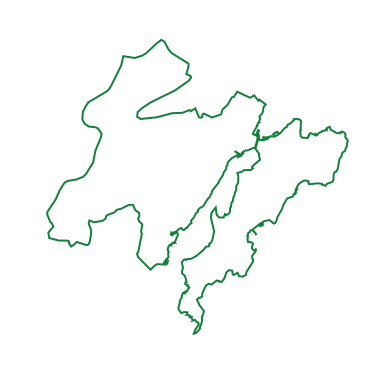 outline of Moss nor, Østfold, Norway, rotated 200°
{"feature_id": "86288312B47904591856116", "entity_name": "Moss nor", "entity_type": "district", "adm_level": 2, "iso_a3": "NOR", "parent_name": "Norway", "parent_adm1": "Østfold", "projection": "albers", "projection_center": [10.675, 59.459], "detail": "fine", "context": "isolated", "style": "outline", "palette": "green", "viewbox_px": 384, "rotation_deg": 200, "n_neighbors": 0, "source": "geoboundaries", "source_scale": "gbopen_adm2", "svg_char_len": 6044}
<svg xmlns="http://www.w3.org/2000/svg" viewBox="0 0 384 384"><g transform="rotate(200 192 192)"><path d="M191.3,115.0L190.8,116.8L191.2,120.2L192.4,117.1L193.6,115.5L194.2,115.9L193.2,119.8L191.8,122.6L193.4,126.1L193.6,128.1L195.1,129.2L195.5,132.3L194.8,133.5L195.0,134.6L193.2,134.8L193.7,135.6L193.2,136.7L191.1,138.0L192.2,138.2L190.9,139.4L190.6,147.1L191.8,148.6L193.5,147.8L194.8,146.8L195.7,144.5L197.4,144.8L197.5,146.7L196.2,145.8L195.5,147.0L195.7,147.5L193.1,149.7L191.5,153.0L189.7,154.5L187.7,153.3L186.3,153.8L185.3,156.4L184.4,156.6L183.1,161.1L181.8,162.5L183.1,164.7L181.4,169.0L181.1,173.2L179.6,175.7L180.3,176.7L178.9,180.0L176.5,182.6L175.2,189.6L173.6,193.7L173.6,195.8L173.1,196.5L173.4,200.3L170.1,210.1L170.4,211.1L168.7,218.5L168.9,220.9L167.8,225.6L168.5,227.9L167.9,229.2L168.5,231.6L168.3,232.8L165.9,237.8L161.9,242.1L162.0,241.3L160.4,241.0L159.9,241.8L160.5,241.8L160.3,242.7L159.3,242.8L159.7,241.4L158.4,242.6L166.0,245.0L158.4,243.7L156.4,246.5L158.0,245.1L158.5,246.0L156.1,249.3L154.1,250.0L148.9,254.8L147.8,254.9L148.5,263.2L149.2,266.4L149.8,266.6L149.3,268.4L149.7,267.7L150.1,268.7L150.0,272.7L151.1,272.7L151.4,267.1L154.6,267.3L154.5,270.8L153.2,276.5L153.8,276.6L153.4,279.6L152.7,280.2L153.2,280.3L152.9,284.1L154.5,285.8L153.0,289.8L152.8,291.6L153.8,296.2L152.7,299.5L160.3,301.9L160.7,300.4L166.6,304.1L169.5,300.4L183.8,301.7L185.2,295.7L186.9,294.5L188.5,285.7L191.5,280.1L191.3,274.8L198.7,268.9L207.8,269.7L208.7,268.3L208.0,266.3L208.7,265.1L210.9,264.5L217.5,271.7L220.8,267.5L222.1,268.3L228.0,263.2L237.7,259.2L250.4,250.3L265.1,243.1L269.2,243.8L270.4,248.6L267.5,253.9L261.0,262.6L243.0,281.3L233.1,295.4L232.0,299.3L233.1,300.6L237.6,300.8L238.2,309.0L239.3,311.5L258.7,315.6L262.7,317.8L269.3,323.8L272.8,324.5L276.5,318.7L282.5,306.8L285.6,303.0L291.6,298.4L303.0,296.1L301.8,286.9L304.3,264.2L305.3,259.8L306.6,257.3L320.0,240.9L321.3,235.9L321.9,229.8L319.9,222.8L316.5,219.6L311.4,218.2L304.6,219.9L302.1,219.5L296.9,215.9L296.3,213.0L296.9,197.8L295.0,185.8L297.7,173.0L299.5,169.0L304.7,164.4L312.6,159.8L315.0,157.1L316.9,148.4L317.5,138.5L320.9,124.8L321.0,123.2L320.3,121.3L314.9,115.3L312.9,114.6L310.5,112.1L313.1,104.7L310.4,99.9L300.7,100.8L292.5,103.7L290.9,103.6L289.7,101.3L287.0,99.4L285.1,101.7L283.3,105.6L273.0,106.0L271.2,107.5L271.1,110.3L272.5,118.3L274.0,122.1L278.3,126.9L278.6,130.2L273.5,130.1L266.2,134.4L264.1,137.5L264.4,139.7L263.6,141.4L258.1,146.2L256.4,149.7L253.0,151.9L246.8,158.3L243.1,159.8L239.2,155.7L234.6,154.2L233.3,151.6L233.6,148.5L231.5,146.3L227.6,144.5L226.2,137.0L224.9,135.8L221.9,117.0L222.7,115.2L220.2,112.3L204.4,104.8L201.8,110.2L200.1,112.3L191.3,115.0ZM140.6,70.3L140.9,66.7L141.8,64.3L141.8,59.5L140.0,60.8L137.8,66.2L138.5,68.7L138.1,70.7L138.6,74.6L140.0,78.0L139.7,80.6L140.1,84.2L146.2,88.2L150.5,92.5L149.5,95.0L148.6,95.0L146.7,97.3L147.6,100.0L147.2,107.1L146.6,109.4L144.7,111.6L142.2,111.6L138.3,117.4L136.2,117.6L136.3,116.1L136.0,117.2L133.3,117.7L132.0,122.1L132.2,128.0L130.7,131.1L127.2,131.9L125.8,128.8L124.5,128.2L121.5,131.7L119.1,129.0L115.4,129.8L112.9,132.6L113.5,135.4L110.9,147.1L111.3,149.2L112.9,150.5L113.6,152.6L112.0,157.7L112.0,159.2L112.8,160.7L112.7,159.2L114.2,158.2L116.5,159.7L117.0,161.3L116.7,164.0L117.2,164.3L118.9,165.1L122.4,164.3L124.0,167.3L123.9,168.7L125.0,169.4L124.7,170.2L125.1,172.9L124.0,174.1L124.0,175.9L122.5,176.8L118.1,174.9L116.9,173.4L118.1,175.1L121.9,176.9L121.9,177.9L118.3,183.8L115.6,182.8L118.2,183.9L117.1,185.7L113.8,183.8L116.6,185.8L116.1,186.8L113.2,185.6L115.6,186.6L114.7,188.9L109.7,192.2L104.5,190.3L103.3,191.2L102.8,193.6L103.1,197.5L101.6,206.9L101.7,211.2L100.4,218.4L95.6,222.4L95.9,224.5L94.3,225.1L94.0,227.5L94.5,228.2L94.5,227.0L95.2,226.0L94.9,227.4L95.3,230.0L93.9,230.4L93.4,231.2L94.8,230.4L95.2,232.3L94.3,236.2L92.4,239.1L90.7,241.0L87.5,242.1L86.0,241.8L86.2,240.9L84.6,239.3L77.0,243.1L72.5,244.1L72.2,243.4L68.5,243.6L68.1,245.7L63.5,249.6L63.3,251.9L64.8,256.7L64.8,258.6L64.4,260.1L63.3,260.6L63.0,263.6L64.7,273.6L63.8,275.9L64.1,280.3L62.2,283.2L62.5,285.7L62.1,287.5L63.0,290.6L62.9,292.5L63.7,294.1L66.8,296.0L67.5,298.7L69.3,300.0L71.5,300.1L72.7,299.2L72.3,298.7L72.6,298.0L76.3,296.8L83.0,298.1L84.9,300.3L86.9,298.5L86.6,296.6L87.4,297.1L88.1,295.2L90.7,293.7L90.8,292.6L92.8,291.2L93.9,288.5L94.9,288.6L94.4,288.2L94.7,287.5L100.8,287.9L101.7,286.1L101.1,285.1L101.7,284.4L101.8,282.3L106.8,280.8L109.0,281.6L111.2,286.4L111.1,287.3L110.1,287.4L111.4,287.9L113.8,295.9L115.0,296.8L117.9,296.8L121.3,295.2L120.7,294.6L123.1,289.9L125.1,288.0L125.2,285.5L126.8,283.8L129.1,277.5L130.5,276.6L132.3,277.7L134.8,275.8L132.1,277.5L130.2,276.0L133.3,272.4L135.3,274.0L134.3,275.3L134.7,275.2L135.5,274.1L134.1,272.8L134.8,271.8L137.3,271.4L137.6,270.0L139.9,269.5L141.2,268.4L144.6,267.9L142.0,267.8L139.8,269.1L138.9,268.0L143.0,264.9L144.0,266.7L143.4,265.1L145.1,264.2L147.5,264.2L147.7,266.9L148.1,267.4L147.2,254.4L141.8,250.7L141.8,249.4L139.1,245.7L143.7,237.4L144.2,236.0L142.8,235.0L144.3,232.8L150.6,230.4L152.0,228.3L155.8,225.3L154.0,222.9L151.8,216.6L152.4,212.5L151.0,208.6L151.5,206.3L150.9,202.4L151.3,201.3L150.5,197.4L151.2,195.3L150.3,191.6L150.6,189.6L149.6,186.3L149.8,184.4L151.9,181.8L153.4,182.6L153.6,178.8L158.0,177.3L161.2,179.2L164.4,185.6L166.5,179.4L166.5,177.9L165.9,177.4L166.0,175.6L164.9,173.5L157.8,162.7L156.4,153.4L156.9,150.8L158.1,148.9L157.3,147.7L157.6,146.6L160.1,145.5L161.2,141.9L166.0,133.4L170.0,128.9L174.0,127.1L174.5,126.0L175.9,126.2L176.9,124.8L177.5,122.4L174.6,117.8L174.2,113.6L173.4,112.1L169.8,110.5L166.3,105.7L167.3,104.8L166.8,103.0L164.5,103.3L163.8,102.8L164.1,102.0L161.9,101.3L162.4,99.7L163.3,99.8L162.4,99.6L162.9,97.6L162.5,96.9L164.8,95.8L163.9,94.4L165.9,94.1L166.1,91.5L165.6,89.3L166.3,85.8L165.7,84.5L165.2,79.0L164.2,76.9L160.6,74.5L158.3,76.5L155.3,77.3L155.3,76.2L153.8,75.2L154.3,74.8L151.7,75.1L151.4,73.6L149.5,74.5L149.3,73.1L147.3,72.3L147.5,71.3L145.3,72.8L143.3,71.4L141.5,71.5L140.6,70.3Z" fill="none" stroke="#15803d" stroke-width="2"/></g></svg>